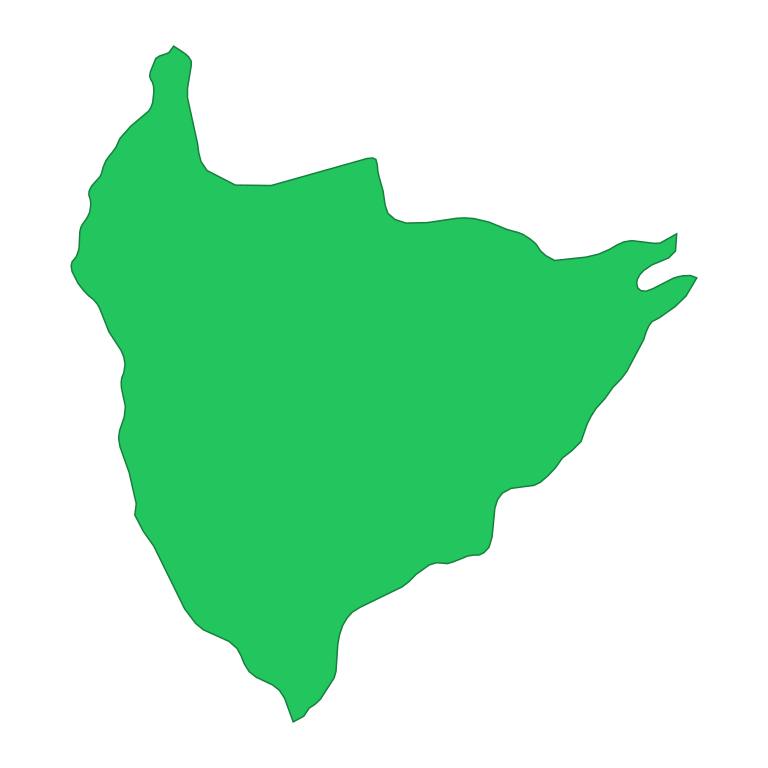 map outline of Lilongwe (orthographic projection)
{"feature_id": "MWI-1909", "entity_name": "Lilongwe", "entity_type": "District", "adm_level": 1, "iso_a3": "MWI", "parent_name": "Malawi", "parent_adm1": "", "projection": "orthographic", "projection_center": [33.699, -14.021], "detail": "fine", "context": "isolated", "style": "filled", "palette": "green", "viewbox_px": 768, "rotation_deg": 0, "n_neighbors": 0, "source": "natural_earth", "source_scale": "10m", "svg_char_len": 2394}
<svg xmlns="http://www.w3.org/2000/svg" viewBox="0 0 768 768"><path d="M293.2,721.9L284.6,698.3L279.5,690.4L272.5,684.9L256.3,677.3L249.3,671.8L244.2,663.7L241.1,655.9L237.1,648.5L229.0,641.4L203.5,629.9L195.7,623.5L184.6,608.8L153.9,546.3L143.3,531.3L134.8,515.0L136.3,503.5L136.2,503.5L129.1,472.4L120.0,446.8L118.6,438.1L119.6,430.6L124.3,416.7L125.4,406.6L121.4,387.6L121.2,381.9L121.8,377.8L123.8,372.7L125.1,364.5L123.8,356.9L121.1,350.5L109.0,331.9L99.7,308.4L97.3,304.1L93.3,299.4L88.8,295.9L83.5,290.4L78.1,283.4L72.0,271.4L71.2,265.9L72.1,261.8L76.0,257.0L77.7,253.1L79.1,248.0L79.8,232.1L80.8,227.5L82.3,224.5L86.0,219.4L88.0,216.0L89.8,211.8L90.8,204.7L90.4,199.8L88.9,195.2L89.0,191.6L90.2,188.7L91.7,185.9L99.9,176.7L101.4,173.7L103.4,166.5L106.1,160.3L109.8,155.2L111.8,152.9L115.8,147.5L119.9,138.5L130.7,126.2L148.5,111.2L150.8,107.7L152.7,102.5L153.8,92.2L153.6,86.4L152.4,82.2L150.8,79.6L149.7,76.3L150.4,71.7L155.8,58.4L159.7,55.9L165.4,54.1L168.8,52.7L173.7,46.1L185.4,53.9L188.5,56.7L191.2,61.1L191.2,65.9L187.5,88.2L187.5,97.7L197.6,143.9L198.7,152.5L201.0,161.5L207.0,170.5L235.3,185.1L271.2,185.5L367.1,158.5L372.7,158.0L375.9,159.5L377.3,164.9L377.8,171.0L379.1,177.0L383.0,190.6L385.2,205.4L387.9,213.3L395.0,219.5L406.0,223.1L427.4,222.6L456.6,218.3L464.7,217.9L474.2,218.6L489.0,222.1L506.8,229.4L519.0,232.8L523.0,234.4L530.4,239.2L535.3,243.3L537.2,245.7L540.4,250.7L545.7,255.6L554.7,260.5L586.1,257.1L598.7,254.1L609.6,249.3L617.0,245.0L623.9,241.9L631.8,240.6L653.7,243.3L659.9,243.2L676.7,233.8L675.5,251.0L668.7,257.9L651.9,264.9L643.7,270.5L639.7,274.9L637.2,279.7L636.7,283.6L637.7,287.8L640.8,290.7L646.1,291.2L652.4,288.9L673.4,278.2L678.2,276.7L682.9,275.8L690.5,275.5L696.8,277.9L686.0,296.1L674.9,306.8L659.4,317.7L652.0,321.6L648.9,325.8L646.1,332.0L643.7,339.6L627.1,370.9L621.5,378.5L612.8,387.5L605.1,398.4L596.0,408.5L591.0,416.3L587.2,423.9L581.0,441.6L571.6,450.9L562.4,458.0L555.4,467.9L547.9,475.8L540.6,482.1L534.2,485.3L511.1,488.4L502.4,493.1L497.7,499.4L494.9,508.0L492.1,536.9L489.0,547.3L484.0,552.6L479.2,555.0L473.4,555.1L467.8,556.0L453.2,561.9L447.4,563.6L436.6,562.7L429.3,564.9L416.3,574.2L409.1,581.5L402.2,586.8L360.3,607.2L352.4,612.1L347.0,618.1L342.7,625.5L339.6,634.5L337.8,644.2L336.0,671.4L334.1,678.0L320.5,699.1L315.3,704.1L309.2,708.1L303.7,716.3L293.2,721.9Z" fill="#22c55e" stroke="#15803d" stroke-width="1.5"/></svg>